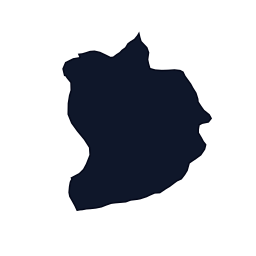 Lerik District, Lerik, Azerbaijan (orthographic projection), rotated 197°
{"feature_id": "54616110B59366301344355", "entity_name": "Lerik District", "entity_type": "district", "adm_level": 2, "iso_a3": "AZE", "parent_name": "Azerbaijan", "parent_adm1": "Lerik", "projection": "orthographic", "projection_center": [48.458, 38.753], "detail": "fine", "context": "isolated", "style": "filled", "palette": "ink", "viewbox_px": 256, "rotation_deg": 197, "n_neighbors": 0, "source": "geoboundaries", "source_scale": "gbopen_adm2", "svg_char_len": 1448}
<svg xmlns="http://www.w3.org/2000/svg" viewBox="0 0 256 256"><g transform="rotate(197 128 128)"><path d="M152.6,34.5L150.1,35.8L148.0,36.6L144.2,38.6L140.3,40.1L135.4,42.2L130.4,44.9L126.5,48.0L122.1,51.2L118.3,52.9L108.6,56.8L104.5,59.9L98.2,62.7L95.7,64.0L90.3,67.8L87.7,70.2L83.6,73.7L78.7,75.5L74.2,81.1L71.2,84.4L68.1,88.7L65.8,91.8L62.2,95.0L60.3,100.1L59.1,104.8L59.3,112.4L56.7,115.7L54.2,118.8L50.6,123.6L48.6,130.1L48.8,134.1L48.9,134.8L52.1,137.0L54.9,139.8L59.4,143.9L60.4,147.2L61.0,151.7L58.6,154.2L52.9,157.3L51.3,161.5L54.3,164.4L60.8,167.0L64.8,170.1L68.7,173.4L69.8,176.1L73.3,181.2L78.1,185.4L80.9,188.2L85.5,191.7L88.8,194.2L91.8,197.5L95.0,198.1L100.5,197.1L106.5,194.8L112.4,192.8L118.9,191.3L124.5,191.2L127.3,195.5L129.3,199.2L130.4,206.1L133.5,210.3L140.9,214.5L143.4,218.3L145.2,221.5L145.8,219.0L147.6,214.6L150.6,211.2L152.6,208.5L153.7,204.0L156.3,200.6L157.7,197.7L160.1,194.9L162.7,191.3L165.4,190.2L170.8,191.1L177.0,192.0L182.5,191.6L186.6,190.0L189.9,187.7L193.4,185.4L196.5,184.1L194.6,181.9L194.9,180.9L200.5,178.1L206.7,172.3L207.4,165.6L204.0,159.8L202.7,159.9L200.7,158.2L195.8,154.9L193.3,147.5L193.3,142.0L192.2,134.2L189.2,123.7L183.3,116.4L175.5,110.5L166.3,104.4L159.0,98.2L156.3,91.1L157.1,81.3L158.3,75.3L161.1,70.1L163.9,67.3L167.5,63.7L166.6,62.8L167.2,60.2L167.2,58.9L166.7,54.8L165.5,49.2L163.6,45.6L159.6,41.8L155.9,38.2L152.6,34.5Z" fill="#0f172a" stroke="#020617" stroke-width="1.5"/></g></svg>